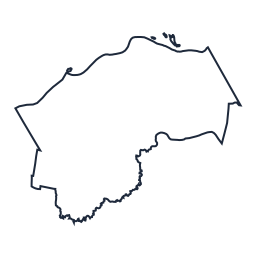 the district of San Cosme, Corrientes, Argentina
{"feature_id": "61730980B19808130857277", "entity_name": "San Cosme", "entity_type": "district", "adm_level": 2, "iso_a3": "ARG", "parent_name": "Argentina", "parent_adm1": "Corrientes", "projection": "equal_earth", "projection_center": [-58.507, -27.393], "detail": "fine", "context": "isolated", "style": "outline", "palette": "slate", "viewbox_px": 256, "rotation_deg": 0, "n_neighbors": 0, "source": "geoboundaries", "source_scale": "gbopen_adm2", "svg_char_len": 5737}
<svg xmlns="http://www.w3.org/2000/svg" viewBox="0 0 256 256"><path d="M221.8,143.5L224.5,133.3L227.1,123.0L228.5,108.7L228.8,103.7L232.8,103.6L234.6,102.6L236.7,102.5L239.0,105.2L240.6,105.4L211.0,52.9L207.9,47.3L206.7,48.2L206.0,49.4L204.7,50.8L203.4,51.5L203.2,51.6L202.1,52.1L200.6,51.9L199.2,51.7L197.4,51.1L195.6,50.8L191.0,50.3L188.8,50.3L186.5,50.6L185.0,50.8L182.7,51.1L181.4,51.5L179.8,51.7L178.3,51.5L177.6,51.6L176.0,51.1L175.3,50.6L174.4,50.3L171.9,49.5L169.6,48.1L165.6,46.1L163.7,45.6L162.6,45.0L160.5,44.5L157.1,43.6L155.6,42.8L153.7,41.6L147.4,38.6L144.3,37.3L140.8,37.0L138.0,37.0L134.9,37.1L132.9,37.6L131.7,38.5L130.9,39.4L129.8,41.5L128.0,46.7L126.5,48.9L125.1,50.6L122.5,52.3L120.0,53.1L115.8,54.0L114.2,54.2L112.2,54.6L109.6,54.8L108.7,54.6L107.2,54.4L105.4,54.5L103.5,55.1L101.8,56.0L98.8,57.9L96.3,59.8L90.1,66.1L87.1,69.4L83.5,72.5L80.9,74.0L79.5,74.5L77.6,74.9L74.5,75.1L72.3,75.0L70.9,74.6L68.8,73.8L67.1,73.0L66.3,72.9L62.4,79.6L59.9,81.6L53.0,87.0L46.7,92.9L42.7,97.7L37.2,103.0L33.1,104.5L26.8,104.8L19.3,106.3L15.4,108.3L23.0,121.5L30.7,134.5L36.1,143.6L40.2,150.4L37.3,149.7L36.2,156.1L35.2,163.8L33.2,175.9L31.7,175.7L31.8,178.0L31.6,183.6L31.6,186.4L33.5,187.5L35.5,188.4L37.8,189.0L40.1,189.1L40.5,186.1L53.8,188.8L55.3,188.9L55.2,189.7L55.5,190.4L55.7,191.6L55.7,192.6L55.8,193.3L56.1,193.9L56.5,195.2L56.0,196.1L56.2,197.3L56.1,199.5L55.8,201.4L55.7,202.9L55.9,205.4L57.3,206.3L57.6,207.2L58.8,207.6L59.6,208.1L60.2,208.7L60.5,209.5L60.3,210.3L60.3,211.2L60.8,211.9L60.7,212.9L60.8,213.8L60.4,214.9L59.8,215.7L59.9,215.9L60.3,216.4L60.1,217.2L61.0,217.9L61.8,217.7L62.5,218.0L63.2,218.4L63.2,217.4L62.4,217.0L62.7,215.9L63.7,216.4L64.5,217.2L65.1,217.3L65.5,216.2L66.4,215.6L67.0,215.3L67.6,215.8L68.3,215.3L69.1,215.1L69.5,216.3L69.7,217.4L69.1,218.5L70.0,218.4L71.1,218.7L71.9,219.4L72.6,219.6L73.7,219.9L73.3,221.3L73.9,222.6L74.0,221.6L74.5,220.9L75.3,221.1L76.4,221.1L77.2,220.7L77.6,219.9L78.0,219.0L78.6,218.7L78.9,219.9L79.0,221.0L79.8,221.0L80.5,221.5L81.1,221.8L81.4,220.9L82.0,221.1L83.5,218.3L84.2,218.7L84.1,219.5L84.6,220.3L85.4,220.5L85.7,219.3L85.3,218.2L84.7,217.5L86.0,217.5L86.4,216.6L87.3,215.8L88.3,215.9L88.9,216.4L89.3,217.0L90.0,218.2L90.5,217.3L92.0,217.1L92.1,216.1L92.6,215.4L93.2,214.9L93.8,214.7L93.8,213.8L93.2,213.4L93.7,212.7L93.5,211.8L93.5,210.9L94.9,210.8L95.6,210.6L95.9,209.8L95.6,209.0L96.0,208.1L96.7,207.7L97.0,207.9L98.7,208.3L99.6,208.0L100.4,207.0L100.7,205.6L101.6,205.3L101.7,204.3L100.9,203.7L101.5,203.0L103.4,202.6L103.5,201.4L104.5,200.8L104.3,199.9L103.9,199.1L104.4,198.5L105.2,198.6L106.2,198.7L107.4,199.2L108.2,199.8L108.8,200.7L110.3,201.8L111.4,201.6L112.1,201.6L112.7,201.5L113.6,201.8L114.3,201.9L115.0,201.7L115.7,201.9L116.2,200.6L117.1,200.1L117.7,200.9L118.6,200.7L119.5,200.8L120.0,201.4L120.7,201.0L120.8,199.6L121.6,199.0L121.9,198.1L122.4,197.2L123.4,197.7L123.2,196.6L123.6,195.9L124.4,195.8L125.3,195.4L125.6,194.4L126.4,194.3L126.9,195.0L127.3,195.7L128.1,195.9L128.7,195.3L129.4,194.2L130.4,194.0L130.8,193.1L130.5,192.1L130.2,191.2L130.9,191.0L131.7,191.1L132.3,190.5L132.9,189.8L133.8,189.9L134.6,189.7L135.1,189.0L135.8,188.8L136.5,189.1L137.1,189.2L137.6,188.6L137.5,187.8L137.0,187.0L136.4,186.9L136.5,186.2L137.3,185.5L138.1,185.1L138.6,184.2L139.0,185.3L139.6,185.4L140.2,184.9L140.9,184.1L140.8,183.0L140.2,182.5L140.2,181.4L140.0,180.4L139.1,180.1L139.2,179.4L139.8,179.1L140.0,178.1L139.5,177.0L139.8,176.2L140.6,176.3L141.2,176.0L141.9,174.9L141.5,174.0L139.5,173.4L139.6,172.5L141.7,171.4L141.6,170.4L140.2,169.8L140.2,168.1L140.1,167.0L139.9,165.6L140.0,164.3L140.3,163.0L139.4,162.6L138.4,162.1L137.8,161.5L137.7,160.6L137.1,159.7L136.3,158.9L136.5,157.9L136.1,156.8L136.3,155.5L137.1,155.6L138.1,156.4L138.7,156.2L139.9,155.5L140.3,154.5L140.2,153.7L140.2,152.3L140.3,150.6L140.9,149.9L141.8,150.1L142.5,150.2L143.1,150.3L144.7,149.6L145.3,149.9L145.9,150.4L146.4,151.5L147.0,151.0L147.9,151.4L148.3,150.3L149.1,149.5L149.9,149.4L150.8,149.1L150.8,148.0L151.2,147.0L151.9,146.4L152.6,146.2L154.7,146.3L155.8,146.1L156.7,145.2L157.1,144.3L157.1,142.9L156.4,141.8L155.9,141.1L155.7,139.9L155.9,138.5L155.8,136.6L156.4,135.0L157.0,134.5L158.4,133.5L159.5,133.0L160.6,132.6L162.1,132.6L164.3,133.1L166.3,134.0L167.3,134.9L169.3,138.2L170.6,139.3L172.1,139.6L177.5,139.9L179.3,140.1L182.2,139.9L184.2,139.4L185.4,138.5L189.3,138.1L196.4,136.3L199.3,135.4L201.5,134.4L207.4,132.4L209.2,132.1L211.8,131.9L213.8,132.9L215.6,134.7L218.5,139.1L221.8,143.5ZM174.0,36.7L173.7,35.9L173.3,35.2L173.0,35.0L172.8,35.0L172.7,35.4L172.7,35.9L172.8,36.6L172.9,37.0L172.2,36.8L171.7,36.4L171.6,36.6L171.6,37.0L171.4,37.4L171.2,37.4L170.9,36.6L170.5,36.0L169.9,35.4L169.6,35.3L169.7,35.8L169.9,36.6L170.3,37.4L170.5,38.2L170.4,39.4L171.1,40.9L171.8,41.9L172.0,42.0L173.6,44.0L173.9,44.0L174.2,44.1L174.4,44.6L174.7,44.5L175.0,44.5L175.3,44.2L175.6,43.8L175.5,43.4L174.9,42.6L174.6,41.5L174.4,40.6L174.2,37.6L174.0,36.7ZM68.8,71.5L70.5,71.0L71.1,69.9L71.5,69.3L71.5,68.6L71.2,68.4L70.4,68.2L69.3,68.9L68.2,68.9L67.1,70.5L67.2,71.4L67.9,71.5L68.8,71.5ZM175.5,44.8L175.0,44.8L174.9,45.1L175.1,45.4L175.8,45.4L176.1,45.6L177.3,45.9L177.2,46.1L176.9,46.1L176.6,46.2L176.7,46.4L176.8,46.5L177.3,46.4L178.1,46.3L179.2,46.2L179.6,45.8L179.7,45.3L179.5,45.0L179.2,44.9L177.7,45.0L177.2,44.9L175.9,44.9L175.5,44.8ZM166.0,34.9L164.8,34.2L164.1,33.4L163.9,33.6L164.1,34.0L165.2,34.8L164.9,34.9L164.8,35.0L164.5,34.7L164.1,34.6L163.9,34.4L163.7,34.4L163.9,34.8L164.8,35.5L165.0,36.0L165.4,36.7L165.8,37.2L166.2,37.3L166.6,37.2L166.7,36.8L166.5,35.7L166.0,34.9ZM155.0,38.8L155.2,38.6L155.2,38.4L154.7,37.9L153.7,37.5L152.2,37.2L151.7,37.3L152.1,38.0L152.9,38.2L153.9,38.8L154.8,38.9L155.0,38.8Z" fill="none" stroke="#1e293b" stroke-width="2"/></svg>